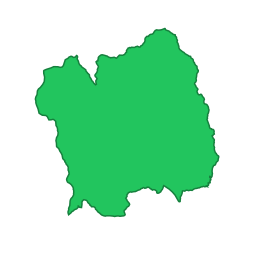 Cerrito, Santander, Colombia, rotated 339°
{"feature_id": "7082276B90463552702782", "entity_name": "Cerrito", "entity_type": "district", "adm_level": 2, "iso_a3": "COL", "parent_name": "Colombia", "parent_adm1": "Santander", "projection": "mercator", "projection_center": [-72.643, 6.901], "detail": "fine", "context": "isolated", "style": "filled", "palette": "green", "viewbox_px": 256, "rotation_deg": 339, "n_neighbors": 0, "source": "geoboundaries", "source_scale": "gbopen_adm2", "svg_char_len": 5804}
<svg xmlns="http://www.w3.org/2000/svg" viewBox="0 0 256 256"><g transform="rotate(339 128 128)"><path d="M210.1,140.2L210.1,138.7L210.3,138.3L210.5,136.9L210.1,134.6L209.7,134.0L208.1,132.8L207.9,131.8L208.5,129.8L209.5,128.8L209.6,128.1L209.5,126.7L208.8,125.3L208.8,123.8L208.2,122.6L206.6,122.7L206.0,122.3L205.5,121.2L205.4,118.9L205.7,118.3L207.2,116.8L206.2,113.5L206.4,112.7L205.9,110.9L206.5,109.8L207.9,109.2L208.9,108.0L209.3,106.1L210.3,104.8L211.8,101.8L213.2,101.0L213.9,100.2L214.3,99.3L213.9,98.4L213.9,97.0L214.5,95.1L213.7,93.8L213.3,92.4L213.4,90.9L213.1,90.7L213.0,89.0L213.3,87.6L213.1,86.8L212.0,85.2L211.9,84.7L212.1,83.6L211.7,83.3L210.6,82.8L210.5,82.2L207.9,79.1L207.3,77.5L206.3,76.4L204.4,73.1L204.2,71.4L204.7,70.1L204.6,69.6L204.9,68.9L204.7,68.4L205.0,66.9L204.6,65.7L204.7,65.1L205.6,63.8L205.3,62.3L205.8,60.6L205.1,59.0L205.5,58.1L205.4,57.8L204.4,57.3L203.8,56.8L203.1,55.5L202.2,54.5L201.0,52.2L198.8,50.4L198.4,49.8L198.2,49.2L198.3,48.6L198.1,48.3L194.7,48.3L193.4,48.1L191.6,47.6L189.8,46.6L188.4,46.7L187.0,47.5L185.4,48.8L184.7,49.0L183.8,49.0L183.0,48.7L181.9,48.7L180.4,49.3L180.1,49.7L179.7,49.8L178.7,49.2L178.1,49.3L176.2,50.3L175.5,51.5L175.3,52.4L174.0,54.0L172.5,54.6L171.5,55.5L170.4,55.9L169.4,55.9L168.6,56.6L168.0,56.7L167.1,56.1L166.0,55.0L165.5,55.1L164.7,54.9L163.2,55.1L162.6,55.0L160.3,53.9L159.2,54.1L158.6,53.5L156.6,53.5L156.4,53.9L155.6,54.2L154.3,55.2L153.8,56.7L152.7,57.0L151.2,58.1L149.1,58.2L146.1,56.9L142.3,58.7L141.9,58.5L141.4,57.9L140.3,56.9L139.3,56.9L138.7,56.6L136.8,56.2L136.4,55.6L135.5,55.2L134.1,53.1L133.4,52.9L132.9,52.3L130.5,50.6L129.4,50.2L128.6,50.2L126.5,50.9L125.5,51.6L125.4,52.3L124.8,52.8L124.6,53.4L124.4,53.5L124.4,53.8L123.7,54.6L122.9,54.3L122.3,54.8L121.9,54.8L121.8,56.6L122.4,59.3L122.3,60.3L120.3,62.4L120.2,63.3L118.8,65.0L116.4,66.5L116.0,67.0L115.9,68.3L116.4,69.1L116.8,70.9L114.9,72.4L114.4,73.8L114.2,75.8L113.1,76.0L112.1,73.8L111.8,71.9L111.2,70.9L111.2,69.1L110.9,68.4L111.0,68.0L110.7,67.4L110.6,66.2L111.0,64.5L110.3,62.9L109.9,62.5L109.9,61.8L109.2,60.0L109.4,58.5L106.6,54.2L106.6,53.4L105.8,52.2L105.3,50.3L105.6,47.8L105.3,45.7L105.5,44.7L106.3,43.8L106.5,43.1L106.3,42.2L106.0,41.9L105.5,42.2L105.1,42.3L104.5,42.9L102.4,42.6L101.2,41.0L100.4,40.6L98.2,40.7L97.1,41.4L93.9,41.8L90.0,46.6L88.2,47.5L86.4,47.1L84.5,45.7L80.6,44.1L77.7,44.3L72.7,44.0L70.4,44.1L69.8,44.4L69.5,45.2L68.9,46.9L68.4,50.6L66.5,54.6L64.0,56.8L60.6,58.8L58.4,59.5L56.7,60.9L55.1,64.2L53.0,66.1L51.9,67.8L51.6,70.0L51.0,71.5L50.8,74.0L50.9,77.8L50.3,82.4L52.5,85.3L55.8,86.9L56.7,88.3L57.1,92.1L59.2,92.8L61.0,93.0L61.7,93.5L62.9,95.8L61.7,100.0L62.1,102.0L61.8,104.0L61.3,105.0L61.2,107.1L60.1,109.3L59.2,110.3L57.9,111.3L56.2,114.0L55.8,116.3L54.7,119.7L54.9,120.4L55.9,122.2L56.0,123.0L56.1,125.3L56.5,126.9L56.8,129.4L56.2,132.8L56.3,133.7L56.5,134.5L57.2,135.3L57.3,135.8L56.9,136.8L57.4,138.2L57.3,139.4L57.4,140.1L57.9,141.0L58.2,143.1L57.0,145.9L57.1,147.3L56.6,149.7L53.0,153.0L52.3,153.9L52.1,154.8L52.1,156.6L52.6,157.6L53.6,158.5L54.8,160.7L55.4,163.4L55.4,164.6L54.9,165.6L55.0,166.5L54.3,168.6L53.7,169.6L53.5,170.4L53.1,171.1L51.1,172.8L50.0,173.2L49.4,173.6L48.6,174.3L47.8,175.4L45.9,179.5L43.8,181.7L43.5,182.8L42.0,184.7L41.6,185.9L41.5,187.7L44.3,186.8L45.6,186.0L47.2,185.8L48.7,185.1L51.1,185.1L53.2,184.1L53.5,183.0L53.8,183.1L54.4,184.7L56.1,185.6L57.6,182.9L58.5,180.6L59.2,179.9L60.8,179.1L61.1,179.1L63.2,180.6L63.6,181.2L63.9,183.5L64.8,185.2L65.0,185.8L64.8,186.3L65.4,187.1L65.7,188.4L65.9,188.6L67.4,189.0L68.3,189.8L68.8,190.7L68.6,192.2L69.2,193.2L69.9,195.7L71.1,197.4L71.6,198.6L72.3,199.8L73.8,201.2L75.2,202.1L76.6,202.3L79.7,203.5L82.7,205.0L83.8,205.8L85.8,206.1L87.6,206.7L88.8,207.5L92.7,208.5L94.1,208.1L94.3,207.8L94.4,206.0L94.3,205.1L94.7,203.9L95.1,203.5L96.7,203.1L97.2,202.5L98.1,202.1L99.0,201.4L100.5,201.3L102.1,200.0L102.2,198.9L101.1,195.5L101.2,194.3L100.7,193.0L101.5,192.2L102.6,191.5L103.0,190.1L103.5,189.6L104.2,189.4L105.2,188.5L106.0,188.6L106.8,188.4L107.3,188.5L108.2,189.1L110.5,189.5L112.2,190.0L115.5,189.7L116.8,189.9L117.8,189.7L118.2,189.3L119.9,189.4L120.9,189.1L121.5,189.4L122.1,190.3L123.8,190.5L124.4,190.1L124.8,190.1L125.3,190.6L125.7,190.5L126.4,191.0L127.1,192.6L127.6,193.0L127.7,193.6L128.1,193.7L128.5,194.7L129.5,194.6L130.1,195.0L130.6,195.1L131.0,195.5L132.2,197.3L131.7,198.5L131.9,199.3L133.3,199.8L135.7,199.3L136.9,198.2L138.0,197.7L139.5,196.1L140.0,195.2L140.8,194.6L144.6,199.9L146.5,203.7L147.9,207.6L148.9,214.2L149.2,215.0L149.9,215.4L150.4,215.2L151.0,213.7L151.6,212.9L152.1,211.2L153.6,210.1L154.9,208.6L156.3,206.3L156.9,206.4L158.4,207.3L160.0,206.9L161.3,207.5L161.9,208.1L164.3,208.5L165.4,209.2L167.7,208.6L169.0,208.6L170.5,209.0L172.4,209.1L172.8,209.4L175.6,209.2L176.1,209.5L177.5,209.5L178.8,210.5L179.9,210.4L180.5,210.8L180.3,210.4L180.4,210.1L180.7,210.2L180.8,210.6L181.3,210.8L181.8,210.2L182.1,210.4L182.8,210.1L183.2,209.1L183.0,208.7L183.1,208.1L183.8,208.1L184.4,207.9L184.3,208.4L184.8,208.6L185.2,208.3L185.3,207.3L185.9,206.8L186.0,206.0L186.8,206.0L187.1,204.8L186.6,203.4L187.0,202.5L187.4,202.7L187.3,204.0L188.2,204.0L189.3,203.0L189.8,201.7L190.4,201.1L190.8,199.1L191.4,197.6L192.6,195.5L194.1,194.1L194.7,193.7L195.6,193.8L196.4,193.6L198.2,191.6L199.8,191.1L200.6,190.4L201.0,189.4L202.4,187.5L202.5,186.6L201.7,185.5L201.3,184.4L201.3,183.4L200.7,182.4L200.8,179.6L201.3,177.8L201.8,177.2L201.8,175.2L202.7,173.2L203.3,172.6L203.3,171.9L204.3,170.1L204.3,169.2L203.9,168.5L203.7,165.5L204.9,165.2L205.5,164.7L206.4,164.6L206.7,162.7L207.3,161.9L207.3,160.6L206.8,159.7L205.6,159.3L205.6,158.6L204.5,157.8L204.4,156.0L204.7,155.1L204.8,148.2L205.7,147.5L205.9,146.3L206.9,145.1L206.9,144.5L207.2,143.9L208.5,142.7L210.1,140.2Z" fill="#22c55e" stroke="#15803d" stroke-width="1.5"/></g></svg>